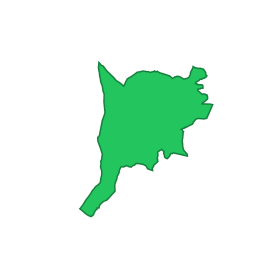 Al Usayrat, Suhaj, Egypt, rotated 219°
{"feature_id": "37247803B53334820254906", "entity_name": "Al Usayrat", "entity_type": "district", "adm_level": 2, "iso_a3": "EGY", "parent_name": "Egypt", "parent_adm1": "Suhaj", "projection": "robinson", "projection_center": [31.804, 26.401], "detail": "fine", "context": "isolated", "style": "filled", "palette": "green", "viewbox_px": 256, "rotation_deg": 219, "n_neighbors": 0, "source": "geoboundaries", "source_scale": "gbopen_adm2", "svg_char_len": 3590}
<svg xmlns="http://www.w3.org/2000/svg" viewBox="0 0 256 256"><g transform="rotate(219 128 128)"><path d="M72.9,185.1L73.2,185.7L74.3,190.3L76.9,199.4L79.1,198.3L84.1,194.5L85.6,193.4L85.9,194.4L85.2,196.3L84.6,198.9L84.5,200.8L85.7,202.1L86.3,202.8L86.9,202.8L87.5,203.4L88.2,202.8L89.4,202.8L90.6,202.2L91.3,200.9L91.9,200.9L95.5,201.0L96.8,201.0L98.0,201.7L98.0,202.4L97.3,203.0L96.7,203.6L96.1,204.9L94.8,206.2L95.4,206.8L96.6,208.1L97.8,208.2L98.5,207.5L99.1,206.9L100.3,206.3L101.0,205.6L102.2,205.7L103.4,205.0L104.0,206.4L102.7,209.6L102.7,211.5L101.4,212.1L100.8,214.0L100.2,214.7L100.1,215.3L99.5,215.9L99.5,217.2L99.5,218.2L100.2,218.2L101.3,218.6L102.5,219.9L104.3,220.6L104.9,220.6L106.1,221.2L109.2,220.0L109.8,219.4L111.7,218.1L112.9,217.5L114.8,216.9L116.1,216.7L115.4,215.6L114.9,213.0L114.3,210.4L113.1,208.5L112.6,205.9L113.2,204.0L115.1,201.4L117.0,200.8L118.2,200.8L120.7,200.2L122.5,199.0L123.2,197.7L123.8,197.1L124.5,194.5L125.1,194.5L126.9,194.6L128.7,194.6L131.8,193.4L134.9,192.2L138.0,190.9L141.1,190.4L141.7,189.1L142.9,189.1L143.5,188.9L143.6,187.8L144.2,187.2L144.8,186.6L145.5,185.3L147.3,184.7L149.2,183.4L150.4,182.8L152.3,181.6L154.2,179.0L156.0,177.1L156.7,173.9L158.0,169.4L158.7,168.1L159.4,165.6L158.8,162.3L158.2,160.4L157.6,157.9L158.4,157.9L162.1,158.0L167.0,157.5L170.7,158.2L180.4,159.0L183.5,159.8L186.5,160.5L188.4,159.9L190.4,160.4L191.8,160.6L190.5,158.7L189.1,156.4L187.3,154.8L184.7,152.7L182.7,150.5L180.1,148.6L178.4,146.8L174.6,144.6L172.6,142.8L170.7,141.1L167.7,139.2L166.2,137.2L165.3,136.1L163.5,133.6L161.6,131.6L159.8,129.8L157.3,127.2L155.8,125.9L154.7,123.5L152.5,117.2L152.1,116.6L149.4,111.5L147.8,108.5L146.9,106.7L145.5,104.3L145.5,103.1L145.5,101.5L144.2,99.9L143.7,99.5L143.1,98.9L141.3,97.7L137.8,95.7L135.5,94.2L130.8,91.0L130.8,90.1L130.2,89.4L129.7,88.5L129.1,87.9L128.9,87.7L128.5,85.7L128.1,84.8L127.4,84.1L126.6,83.7L126.2,82.8L125.3,81.1L124.1,79.8L122.9,79.2L120.8,77.5L118.8,74.8L117.0,71.0L115.8,69.4L115.1,67.5L115.5,65.0L116.2,62.1L116.2,58.4L116.2,56.0L115.7,53.7L115.4,47.2L115.4,44.9L114.7,40.3L114.5,35.9L114.6,34.9L111.4,34.9L107.7,34.8L105.9,34.8L102.8,35.3L100.9,35.9L100.6,37.1L100.2,38.9L100.4,39.3L100.8,40.5L101.2,42.4L101.5,43.6L100.9,45.2L101.8,46.1L101.4,46.4L100.8,47.1L100.2,47.7L100.6,48.3L101.4,49.9L101.4,50.8L101.4,51.4L101.4,52.7L100.7,55.8L100.3,56.5L99.0,59.0L98.9,59.8L98.9,61.1L98.5,67.5L98.3,70.7L101.3,74.0L101.9,74.7L103.1,76.6L104.8,81.8L105.4,82.5L106.0,83.8L106.6,86.4L106.6,87.0L107.2,88.3L107.8,89.0L108.3,90.3L108.9,92.9L108.9,93.5L108.3,94.2L107.0,94.8L106.4,96.1L105.7,97.3L105.1,98.0L102.6,98.6L100.8,99.8L100.8,101.1L99.5,103.7L99.5,104.3L99.4,105.6L98.2,106.2L97.6,106.9L93.2,109.3L90.2,109.9L88.3,109.2L87.1,108.6L82.1,110.4L83.4,111.7L84.0,112.4L84.0,113.0L83.9,114.3L84.5,115.0L84.5,115.6L83.8,120.1L83.8,120.8L84.4,121.4L85.0,122.1L85.6,122.1L86.8,124.1L87.4,125.4L88.0,126.0L89.2,127.3L89.8,128.0L89.1,130.6L88.5,131.8L88.4,132.5L86.0,132.4L85.4,132.4L84.2,130.5L83.6,130.4L81.2,128.5L80.6,128.4L79.4,128.4L78.1,129.0L78.0,132.9L78.6,133.6L78.6,134.2L78.6,134.9L77.4,136.1L77.3,136.8L76.7,137.4L74.2,138.6L73.0,139.3L64.2,143.5L64.9,144.2L65.5,144.9L69.8,145.6L70.4,145.7L71.6,146.3L73.4,147.7L74.0,148.3L75.2,149.6L76.4,150.9L77.0,150.9L79.4,154.9L82.4,159.4L82.5,160.1L83.0,160.1L83.6,160.1L84.8,160.8L85.8,160.5L84.7,162.7L84.1,163.4L84.1,164.6L83.5,164.6L82.2,167.8L80.3,171.7L80.8,173.6L80.8,175.5L80.8,176.2L80.8,177.5L80.1,178.8L79.5,179.4L78.9,180.0L77.0,181.3L75.1,182.5L73.9,183.8L72.9,185.1Z" fill="#22c55e" stroke="#15803d" stroke-width="1.5"/></g></svg>